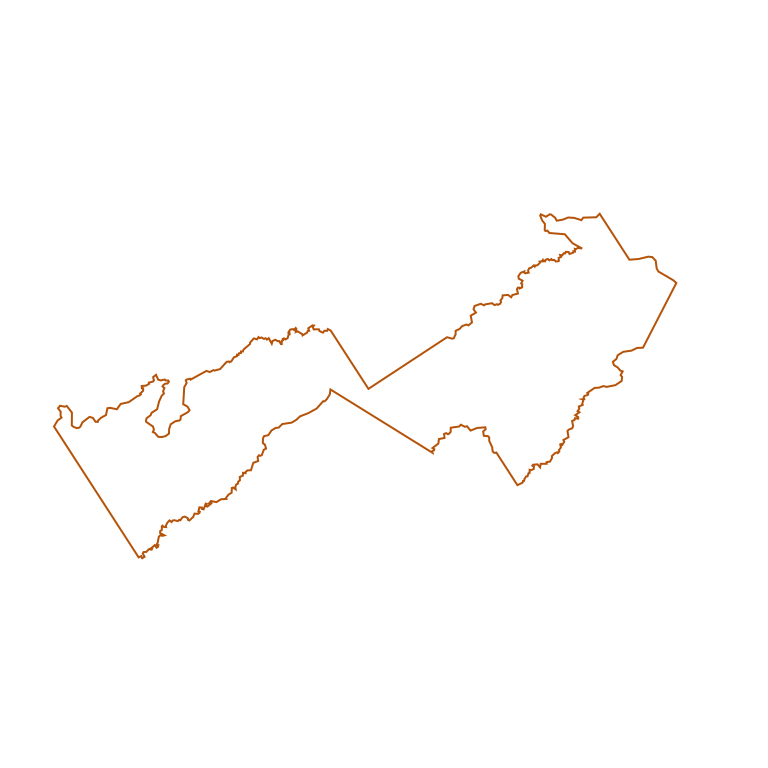 Novo Aripuanã, Amazonas, Brazil, rotated 57°
{"feature_id": "56859067B78656810677763", "entity_name": "Novo Aripuanã", "entity_type": "district", "adm_level": 2, "iso_a3": "BRA", "parent_name": "Brazil", "parent_adm1": "Amazonas", "projection": "natural_earth1", "projection_center": [-60.525, -6.833], "detail": "fine", "context": "isolated", "style": "outline", "palette": "amber", "viewbox_px": 768, "rotation_deg": 57, "n_neighbors": 0, "source": "geoboundaries", "source_scale": "gbopen_adm2", "svg_char_len": 6158}
<svg xmlns="http://www.w3.org/2000/svg" viewBox="0 0 768 768"><g transform="rotate(57 384 384)"><path d="M239.9,683.9L395.8,684.2L396.1,681.3L398.4,681.7L398.5,678.9L394.7,678.6L394.0,677.2L395.4,674.7L394.5,671.3L394.9,669.4L395.8,669.9L396.3,669.1L395.8,668.1L394.9,668.5L394.3,664.1L397.5,663.9L397.5,662.4L396.2,661.0L395.0,662.5L394.0,660.4L389.4,656.0L389.0,653.7L390.5,652.8L391.3,650.6L387.1,652.9L385.5,651.9L385.4,649.8L382.4,647.9L382.2,647.0L383.6,646.8L385.3,644.7L384.2,644.4L382.4,641.4L381.6,638.2L384.1,637.3L383.4,635.6L384.0,634.1L386.7,631.5L386.4,629.7L387.4,629.0L386.0,625.6L386.7,623.3L389.7,621.6L391.1,622.4L392.5,621.5L391.5,616.3L389.5,613.5L391.7,610.6L391.5,608.8L390.8,608.1L389.8,609.1L386.9,606.0L388.5,604.0L389.6,604.8L390.9,603.6L387.2,598.6L387.7,598.1L389.6,599.8L390.6,598.9L390.1,593.7L389.1,593.2L388.6,595.1L387.9,592.8L391.8,588.9L391.9,583.5L394.6,578.7L393.3,578.2L392.1,574.6L392.2,571.0L388.3,568.2L388.6,567.0L391.6,565.8L389.1,564.6L387.8,562.6L388.0,560.6L386.5,559.5L386.3,557.3L383.4,555.6L384.0,552.3L381.7,550.6L383.4,548.7L382.4,548.1L382.1,545.4L383.9,542.6L378.9,536.5L380.1,531.5L376.4,529.8L375.7,527.6L376.8,527.0L377.1,525.2L373.7,520.7L373.9,518.1L370.0,516.9L367.6,517.8L363.8,515.2L362.4,513.1L363.9,508.9L361.7,503.6L361.8,498.9L363.2,496.0L362.2,491.1L366.1,482.5L366.3,477.0L365.4,472.0L367.2,463.5L367.9,453.9L365.3,444.4L366.2,443.3L365.6,440.2L363.1,435.0L359.4,431.9L468.1,380.8L466.6,380.4L466.8,378.0L466.0,377.3L464.1,378.2L463.6,370.9L460.1,367.9L462.2,362.6L458.6,360.8L459.1,358.6L461.0,357.7L461.1,356.5L460.5,354.2L457.0,351.8L460.6,344.1L460.0,341.7L463.9,339.5L464.6,337.4L470.2,336.8L471.6,329.8L475.5,322.6L477.3,323.4L477.8,326.7L481.8,328.5L484.4,325.2L486.2,324.9L488.9,326.7L495.9,327.7L499.8,329.6L501.9,329.0L502.7,327.1L541.5,327.2L542.2,321.5L541.0,320.2L541.5,319.2L540.1,317.8L538.9,315.0L539.6,313.9L537.5,311.4L538.0,310.5L535.3,308.6L536.3,307.9L536.8,304.7L534.9,303.2L533.3,304.1L532.9,302.9L535.0,299.0L538.9,298.5L536.3,296.0L539.5,291.0L538.1,290.3L539.5,287.0L537.5,283.3L535.9,282.6L535.2,278.5L535.5,276.1L537.4,275.7L536.4,275.5L536.1,273.7L534.8,273.4L533.6,270.2L530.6,269.1L530.8,268.3L532.1,269.0L532.3,267.9L530.6,264.3L528.7,264.1L529.1,258.2L523.4,255.8L522.9,254.0L523.6,250.1L522.2,248.3L517.5,246.4L517.9,243.7L516.7,242.6L518.8,240.0L517.5,239.2L514.3,240.6L514.1,235.5L512.2,236.4L511.1,233.7L509.0,232.9L509.7,228.7L508.6,228.6L505.9,225.3L504.7,226.2L505.6,224.2L503.9,223.8L503.2,222.4L504.2,219.0L503.4,218.0L502.2,218.4L502.0,209.5L504.2,205.6L505.2,201.2L507.7,198.8L511.0,190.5L510.9,183.0L507.6,180.4L505.4,180.7L503.4,177.0L501.4,178.5L497.4,179.0L493.3,180.9L490.0,179.9L489.6,175.5L487.2,172.4L487.3,165.8L490.8,158.3L491.6,152.1L494.6,147.0L458.5,83.8L454.5,84.9L439.1,92.6L435.7,92.4L428.6,89.0L423.8,89.8L421.2,92.9L417.8,102.5L413.4,110.5L358.7,110.4L359.8,115.1L353.0,126.3L354.1,129.2L348.2,134.1L344.7,138.8L343.5,144.7L341.1,150.2L337.8,149.9L332.8,151.6L332.0,152.5L331.9,157.1L327.1,160.1L327.9,161.3L333.2,162.3L337.3,161.8L342.5,165.4L343.6,165.3L344.4,163.4L347.4,163.1L356.9,150.8L368.7,149.2L378.3,144.0L375.4,147.3L375.4,149.8L374.6,150.4L376.9,151.7L375.8,152.9L376.9,153.6L376.0,157.6L373.8,157.3L372.2,159.6L373.2,161.0L372.2,162.1L373.2,164.4L371.7,166.0L373.3,166.4L374.0,165.5L373.4,168.9L376.0,170.3L375.8,171.3L374.9,173.1L372.7,173.6L371.7,175.5L370.4,175.6L370.4,178.0L368.4,178.5L367.9,180.4L369.2,182.9L368.0,182.1L367.9,183.5L366.5,183.2L367.1,184.6L366.2,186.6L367.0,186.5L368.0,190.6L367.0,192.7L367.6,193.6L366.2,193.7L366.6,197.6L366.0,199.0L367.2,201.3L369.4,202.0L368.2,205.1L366.7,205.8L366.0,205.0L365.2,208.8L366.8,212.7L369.2,213.6L372.8,211.5L374.4,214.2L375.6,213.7L378.2,215.6L377.8,218.2L377.0,217.9L376.1,219.2L376.8,220.8L381.1,222.4L379.3,227.8L380.5,230.1L376.9,231.4L374.3,236.2L376.5,238.1L377.3,240.8L378.9,241.1L379.9,242.6L379.7,245.3L378.5,245.9L378.1,248.3L375.1,249.4L372.3,255.9L372.5,257.3L369.4,259.2L367.9,265.6L370.1,268.2L374.2,268.0L373.9,274.0L380.3,276.7L380.8,281.2L379.0,282.5L378.0,287.1L379.0,290.4L378.4,295.0L381.3,296.8L383.6,300.6L383.3,301.9L379.1,305.7L379.6,399.7L310.1,399.6L307.3,401.2L308.4,402.7L306.9,405.0L307.7,407.1L307.1,407.7L304.3,409.3L302.7,408.8L299.9,413.2L297.3,412.6L296.8,411.0L295.9,412.0L296.0,417.2L298.6,417.8L298.0,419.1L299.0,420.4L298.9,425.8L297.8,425.4L292.8,427.7L292.4,429.7L289.9,427.4L288.9,427.6L289.8,430.0L288.5,430.3L287.3,432.9L288.6,436.1L289.5,436.5L289.1,435.2L291.0,436.1L290.8,437.3L293.0,439.8L293.0,442.2L291.2,443.1L291.2,444.6L292.3,444.7L292.3,446.4L294.8,448.0L294.4,448.7L290.9,448.5L290.3,449.8L287.7,451.1L287.2,454.0L289.1,456.2L282.8,455.7L283.0,458.0L281.1,458.4L280.8,460.1L278.2,461.5L277.8,463.3L276.3,463.7L277.4,466.2L274.9,468.3L276.3,473.7L277.5,474.6L278.6,483.1L279.9,484.6L278.8,486.2L280.1,487.1L279.2,489.0L280.4,490.2L279.4,491.3L280.6,492.1L279.9,495.4L281.9,499.8L281.5,501.2L282.5,501.4L280.7,501.8L279.7,503.9L282.2,513.4L280.4,518.9L279.5,519.4L279.1,523.5L276.3,525.9L275.0,543.8L274.0,543.7L272.8,547.0L272.9,548.2L275.7,549.0L277.8,553.2L291.6,563.4L296.0,561.1L300.0,561.3L300.8,563.7L300.3,571.9L303.0,574.1L303.2,575.4L301.6,579.2L301.6,584.8L304.5,588.5L308.5,591.4L308.7,595.7L307.4,599.4L305.2,602.2L300.3,602.8L298.4,604.0L296.9,601.8L293.9,600.9L286.4,604.0L285.2,603.7L283.4,601.8L283.1,596.8L281.6,594.6L281.6,588.0L276.2,582.2L272.8,576.9L272.1,573.7L269.9,573.3L267.7,570.3L265.5,571.1L264.8,570.1L264.5,567.6L265.7,565.2L264.9,563.2L263.6,563.0L262.1,565.2L260.8,565.5L259.4,569.3L257.4,571.0L252.1,570.2L252.5,573.9L255.8,575.1L256.1,576.6L254.8,580.4L255.9,580.9L255.7,584.7L253.7,588.3L255.7,589.4L256.4,588.3L258.5,589.7L259.2,593.7L260.4,593.7L260.5,595.0L259.9,597.4L260.2,608.0L257.3,615.7L259.7,621.8L254.9,626.6L253.7,629.1L258.6,634.1L258.2,639.7L258.9,643.6L259.9,644.6L258.6,646.5L253.9,646.6L251.2,648.9L251.9,657.8L254.4,661.9L254.6,663.8L253.5,665.8L250.7,667.8L248.7,668.4L238.0,661.3L229.7,662.0L229.1,664.2L225.8,667.5L226.8,670.6L231.0,670.2L234.6,672.6L236.6,672.8L236.8,677.5L239.9,683.9Z" fill="none" stroke="#b45309" stroke-width="2"/></g></svg>